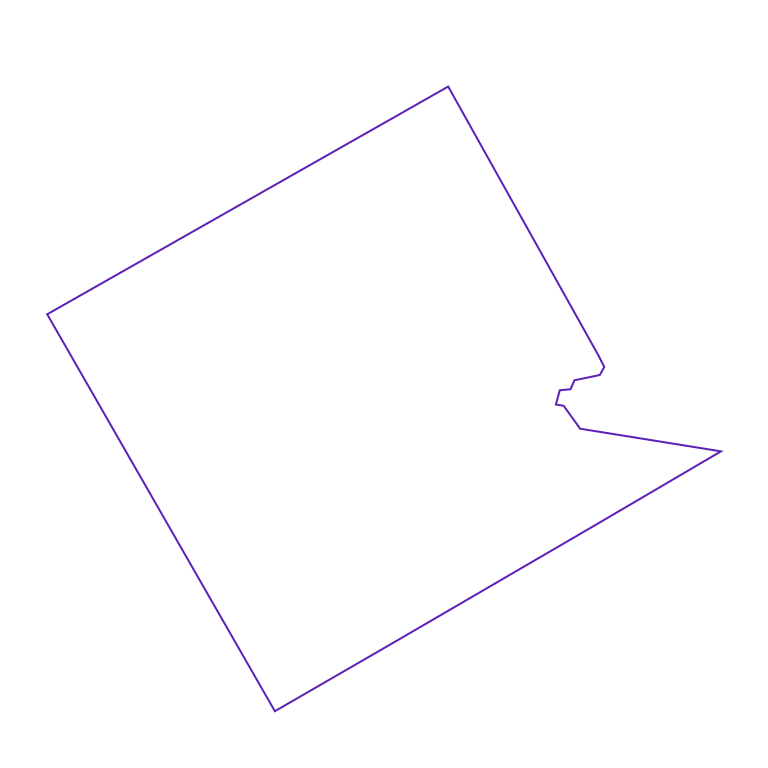 Medina, Texas, United States of America, rotated 60°
{"feature_id": "52423323B50387422534954", "entity_name": "Medina", "entity_type": "district", "adm_level": 2, "iso_a3": "USA", "parent_name": "United States of America", "parent_adm1": "Texas", "projection": "orthographic", "projection_center": [-98.977, 29.391], "detail": "fine", "context": "isolated", "style": "outline", "palette": "violet", "viewbox_px": 768, "rotation_deg": 60, "n_neighbors": 0, "source": "geoboundaries", "source_scale": "gbopen_adm2", "svg_char_len": 357}
<svg xmlns="http://www.w3.org/2000/svg" viewBox="0 0 768 768"><g transform="rotate(60 384 384)"><path d="M612.8,642.1L612.7,504.3L611.8,270.4L610.8,125.9L520.8,236.5L492.7,239.3L487.7,245.4L477.3,234.9L481.8,225.1L476.0,217.2L484.1,192.6L479.4,184.7L466.1,184.0L158.5,179.7L155.2,640.8L612.8,642.1Z" fill="none" stroke="#5b21b6" stroke-width="2"/></g></svg>